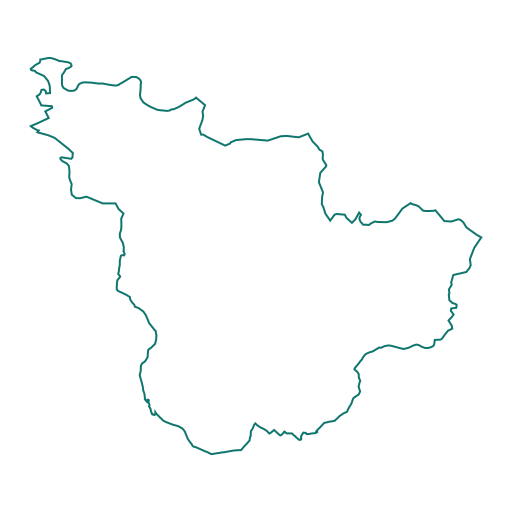 the district of Ususau, Arad, Romania
{"feature_id": "2599482B12627943031914", "entity_name": "Ususau", "entity_type": "district", "adm_level": 2, "iso_a3": "ROU", "parent_name": "Romania", "parent_adm1": "Arad", "projection": "natural_earth1", "projection_center": [21.862, 46.022], "detail": "fine", "context": "isolated", "style": "outline", "palette": "teal", "viewbox_px": 512, "rotation_deg": 0, "n_neighbors": 0, "source": "geoboundaries", "source_scale": "gbopen_adm2", "svg_char_len": 5936}
<svg xmlns="http://www.w3.org/2000/svg" viewBox="0 0 512 512"><path d="M345.0,412.6L346.5,412.1L347.1,411.7L348.1,409.2L348.9,407.8L351.5,403.4L352.5,400.3L353.4,398.2L353.7,397.8L357.1,395.5L358.1,395.0L358.7,394.4L359.1,393.8L360.1,391.3L359.2,388.6L358.6,386.5L358.8,385.4L359.1,384.9L359.4,382.9L360.3,380.9L359.2,378.5L358.7,376.3L358.8,374.7L358.7,374.2L358.1,373.0L357.1,371.7L354.7,369.7L354.4,369.1L354.8,368.1L359.5,362.5L359.7,361.8L360.2,361.4L362.2,359.1L362.8,357.7L363.8,356.2L364.9,354.9L366.2,353.8L369.6,352.3L372.7,351.4L378.2,348.1L378.9,347.6L379.3,347.5L380.6,347.8L381.2,347.7L384.7,346.1L388.3,345.4L391.4,345.8L402.9,348.9L404.5,348.8L408.6,347.8L413.1,345.6L415.0,345.0L416.4,344.6L417.9,344.8L419.6,345.5L421.4,346.6L424.8,347.9L426.3,348.0L427.8,348.0L429.7,347.6L432.0,346.7L433.4,345.9L434.2,344.1L434.7,341.0L434.7,340.5L434.8,339.9L439.6,339.7L440.6,339.6L441.6,338.9L442.4,338.1L444.9,334.5L448.0,330.7L452.2,328.7L451.8,325.7L448.5,320.5L452.0,316.8L453.6,314.5L450.9,310.9L451.2,308.5L456.2,307.8L456.7,305.0L455.6,304.0L452.6,303.1L449.4,300.3L448.8,294.5L449.4,293.0L448.9,289.5L451.7,284.8L451.2,282.4L453.3,275.0L466.3,272.0L469.4,268.1L470.7,265.2L469.9,259.1L474.3,247.7L481.3,237.4L476.8,234.9L466.6,227.6L463.3,222.3L460.5,219.9L458.2,219.3L451.4,221.5L444.4,221.1L435.4,210.3L433.6,210.8L426.7,211.1L423.1,210.7L418.7,206.4L416.4,205.3L411.7,204.0L410.7,203.1L402.5,208.5L394.9,218.7L392.3,220.7L386.6,222.2L377.7,222.0L374.8,221.5L370.6,223.6L369.0,225.0L365.9,224.7L363.3,224.8L360.6,221.9L359.4,219.0L359.7,217.0L361.0,214.8L359.1,212.6L355.2,219.6L351.9,222.8L346.6,218.0L344.8,214.7L337.0,214.0L334.6,214.6L330.2,220.6L325.4,213.7L323.4,207.2L321.8,204.2L322.1,196.8L323.0,192.6L322.3,190.6L318.9,182.2L320.3,172.8L326.1,166.4L326.3,165.1L322.9,159.8L322.7,158.4L322.9,154.0L322.3,151.3L319.4,149.6L317.7,146.7L312.6,141.5L308.1,133.6L298.8,137.3L286.2,135.9L280.6,136.3L267.8,140.6L251.3,139.2L246.7,139.1L235.9,140.1L230.8,142.3L230.1,143.5L225.2,145.6L207.6,137.2L203.2,134.6L201.1,134.6L199.2,128.7L202.4,120.1L203.1,115.8L202.5,111.6L205.1,105.2L196.0,97.6L194.8,98.8L192.6,99.9L185.7,102.7L179.6,106.5L176.3,108.1L173.3,109.3L171.3,109.4L170.0,110.4L167.4,110.9L159.9,110.2L157.0,109.7L150.2,106.7L146.2,104.4L143.3,102.3L140.6,98.3L140.0,95.2L140.6,88.7L140.7,84.8L141.0,81.6L140.3,80.2L139.0,78.6L136.4,77.1L133.3,76.9L131.5,77.0L121.8,82.9L119.5,84.1L118.6,85.0L115.4,85.6L109.8,84.9L102.6,83.5L99.0,83.6L91.0,82.6L84.5,82.3L81.7,82.8L79.1,84.1L78.0,85.8L76.5,89.0L74.0,90.7L70.8,90.9L68.1,90.6L63.6,88.0L62.2,85.8L61.9,83.3L61.9,82.2L62.0,80.0L61.9,77.6L62.0,75.2L64.1,72.2L65.9,69.0L68.6,68.1L71.2,66.5L71.6,65.7L70.8,63.6L68.6,62.4L62.1,61.3L59.1,61.0L57.1,60.0L52.5,58.4L49.7,57.9L47.6,58.1L41.6,59.4L40.3,59.5L40.3,60.4L40.8,60.5L40.4,60.6L39.5,62.8L36.1,64.6L34.9,65.4L32.5,67.5L30.7,68.9L31.1,69.9L32.3,70.5L33.6,70.5L35.1,71.0L36.1,72.4L44.1,76.0L48.1,81.0L49.1,83.9L49.8,86.3L50.0,93.1L46.1,93.4L45.6,90.9L43.8,89.5L41.5,89.9L40.6,92.8L39.5,94.5L36.7,96.3L39.6,101.7L41.3,105.4L51.8,106.2L52.2,107.8L45.3,111.4L48.7,118.0L38.3,122.9L30.8,126.1L32.6,127.6L37.1,130.1L38.7,130.5L37.4,132.3L48.1,135.2L54.7,137.9L68.5,148.9L72.8,153.0L72.4,157.6L71.2,158.8L61.5,157.3L60.4,158.0L60.5,159.2L62.5,161.2L66.7,163.4L68.8,165.8L69.2,168.6L69.5,171.8L69.2,177.5L70.1,180.3L71.7,184.2L71.0,189.7L71.8,194.7L75.9,198.1L80.1,198.2L86.5,196.7L102.6,203.4L115.6,203.4L118.6,209.1L123.5,213.5L121.2,218.8L121.4,223.7L121.3,228.1L121.0,230.1L119.8,233.7L119.9,237.3L121.1,239.7L122.7,242.6L123.6,245.9L123.8,247.5L123.7,249.1L123.8,250.2L123.5,251.1L124.7,254.2L124.0,255.4L122.9,255.2L121.9,255.2L120.9,255.8L120.2,258.9L119.8,260.7L119.8,265.4L119.4,266.6L118.8,271.5L118.2,274.0L120.1,276.3L120.0,277.0L117.4,280.2L117.1,281.7L116.7,287.3L116.8,289.5L117.8,290.8L126.3,294.8L129.9,297.1L130.2,299.4L131.9,302.2L134.3,304.8L134.9,306.7L138.5,308.0L143.3,311.5L145.7,314.9L148.1,320.4L149.0,322.9L154.7,330.1L155.6,330.9L156.4,335.4L156.2,339.2L155.1,343.8L153.3,345.6L150.8,348.0L148.3,349.7L147.9,352.9L147.6,357.2L146.2,359.6L144.6,361.8L142.2,363.3L140.9,365.7L140.7,371.1L139.7,375.0L140.5,378.2L141.5,381.6L142.8,386.8L143.2,390.3L144.4,393.7L145.0,398.7L144.8,399.1L145.1,399.7L145.9,400.4L147.3,402.3L147.6,402.3L147.7,402.1L147.8,401.1L146.9,400.0L147.6,399.7L148.3,399.7L148.7,400.0L148.8,400.4L148.4,401.8L148.5,402.2L149.4,404.4L149.4,405.4L149.1,406.0L149.0,406.4L149.8,407.5L150.6,409.1L151.0,411.5L151.5,412.7L152.2,413.6L152.0,414.1L152.6,414.5L154.6,415.0L154.9,414.6L155.4,412.8L155.4,412.3L155.8,412.9L156.7,414.2L159.0,416.4L160.1,417.6L161.4,418.7L162.7,420.2L164.1,421.1L165.6,421.9L172.4,424.5L174.0,425.0L178.1,426.1L182.3,428.4L184.2,430.6L184.7,431.3L187.8,438.9L190.3,442.5L191.8,444.3L192.2,445.3L193.2,446.4L194.0,446.8L195.0,446.9L196.3,447.4L205.3,451.4L206.7,451.8L211.1,454.0L211.9,454.1L217.2,453.2L220.0,452.9L221.6,452.4L224.1,452.3L227.0,451.7L233.9,450.5L238.3,450.2L241.1,450.1L243.1,447.6L246.4,444.1L249.5,440.6L250.1,437.1L250.8,435.5L250.7,434.5L250.9,431.3L252.8,428.2L254.2,424.7L255.3,423.4L257.4,425.4L260.2,427.3L263.7,428.9L266.8,430.9L269.3,433.6L270.7,432.8L274.1,430.0L279.8,435.2L280.4,435.4L280.9,435.2L282.6,433.9L284.3,431.6L284.6,431.6L285.1,432.0L285.7,432.9L286.1,433.1L286.6,433.1L287.4,433.5L287.8,433.5L289.1,433.3L289.9,433.5L291.1,433.4L292.1,433.5L293.9,435.4L295.4,436.3L295.8,437.1L299.4,440.0L300.3,439.6L301.1,439.5L301.3,438.7L301.0,437.1L301.1,436.2L302.0,434.8L302.6,433.7L303.5,432.6L304.0,432.8L305.6,432.8L305.9,433.0L306.4,433.8L306.8,434.1L307.1,434.1L309.6,433.9L311.5,433.5L315.3,433.1L316.5,432.6L317.2,432.2L317.3,431.8L317.2,431.6L316.5,431.4L316.3,431.2L316.5,430.9L319.4,428.0L319.8,427.7L320.4,427.0L324.0,423.1L324.3,422.8L324.7,422.7L325.6,422.7L328.3,421.9L334.8,420.8L335.2,420.2L337.9,417.8L339.6,416.0L341.4,414.9L342.8,413.8L345.0,412.6Z" fill="none" stroke="#0f766e" stroke-width="2"/></svg>